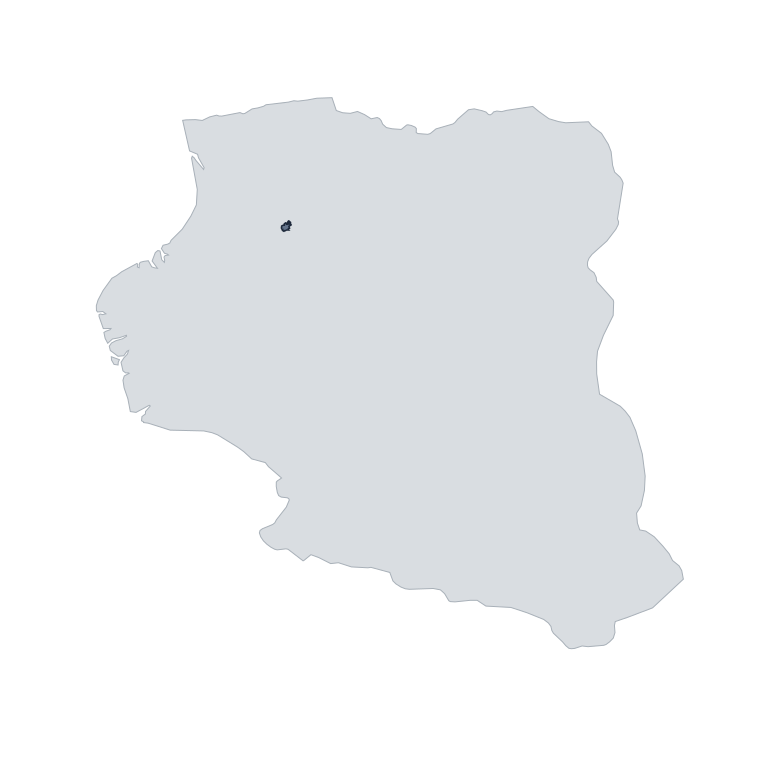 Ido-Osi, Ekiti, Nigeria (highlighted), rotated 80°
{"feature_id": "59680162B17555212909244", "entity_name": "Ido-Osi", "entity_type": "district", "adm_level": 2, "iso_a3": "NGA", "parent_name": "Nigeria", "parent_adm1": "Ekiti", "projection": "robinson", "projection_center": [5.146, 7.853], "detail": "fine", "context": "in_parent", "style": "filled", "palette": "slate", "viewbox_px": 768, "rotation_deg": 80, "n_neighbors": 0, "source": "geoboundaries", "source_scale": "gbopen_adm2", "svg_char_len": 5180}
<svg xmlns="http://www.w3.org/2000/svg" viewBox="0 0 768 768"><g transform="rotate(80 384 384)"><path d="M628.2,123.1L651.1,158.4L656.1,184.6L658.1,197.5L661.8,199.0L668.9,199.7L674.0,202.3L677.1,206.6L679.1,210.6L679.5,213.0L678.1,228.7L676.4,234.4L677.5,242.2L677.2,245.5L676.4,247.8L673.3,250.4L669.0,252.9L658.9,260.4L655.9,261.5L651.7,261.7L647.9,263.6L643.6,267.6L634.2,282.7L626.1,297.8L620.4,322.2L613.2,329.8L612.0,336.6L610.9,351.9L609.8,356.5L608.7,357.8L601.0,360.7L596.5,364.2L593.9,371.1L590.6,394.6L589.4,398.5L586.9,402.6L582.9,407.0L579.5,409.4L570.6,411.0L562.3,428.7L562.2,431.8L558.5,447.8L552.1,459.9L551.6,467.7L543.6,478.4L539.4,485.6L543.7,493.2L544.1,494.4L530.1,507.2L529.3,509.2L528.8,518.0L527.7,520.4L525.1,523.7L521.4,527.2L517.5,530.0L513.2,531.9L509.0,532.6L506.7,531.5L505.4,528.8L503.0,518.0L501.8,515.7L499.1,513.6L488.3,501.6L481.8,497.4L480.4,497.7L479.3,498.9L477.5,504.9L475.6,507.1L472.2,507.9L466.2,507.9L461.9,507.1L460.9,505.9L458.8,501.2L445.4,512.1L440.8,514.5L434.8,527.3L426.4,533.7L420.6,539.3L405.1,556.8L402.0,562.0L398.9,569.7L392.3,602.6L381.6,623.1L380.2,627.5L379.6,627.3L378.1,629.2L374.0,628.0L372.1,624.2L369.6,623.6L365.1,618.0L364.2,618.9L368.9,633.1L367.1,638.6L354.0,638.8L342.6,640.6L334.9,640.4L331.0,638.4L329.2,633.1L328.6,633.7L328.2,636.5L325.7,638.8L317.0,639.2L313.1,635.6L310.0,631.5L306.6,629.7L307.1,631.4L311.0,635.4L310.5,641.1L303.5,647.7L299.0,648.0L296.3,645.2L294.8,640.5L294.1,633.7L292.3,629.2L291.3,629.2L292.5,636.7L292.5,643.6L295.9,649.0L290.7,650.7L284.6,650.9L283.8,648.9L283.0,644.4L281.9,643.2L280.7,650.8L268.0,652.9L266.2,652.6L265.8,651.2L266.8,649.1L266.6,645.7L263.8,648.3L263.3,653.6L261.7,654.4L256.9,653.7L251.6,651.0L243.1,644.4L232.6,633.6L230.9,628.7L227.9,622.8L222.4,606.4L223.4,605.7L225.9,606.6L227.0,605.0L222.7,603.9L221.8,602.7L221.5,599.1L221.7,594.7L228.3,592.4L229.8,589.7L230.7,587.0L222.6,591.0L214.9,586.4L213.3,583.6L214.1,581.5L223.0,581.3L226.1,579.2L224.2,578.5L220.8,578.6L219.5,577.2L219.6,573.8L218.6,574.6L217.1,577.5L212.0,579.7L209.0,577.5L208.7,572.7L208.0,570.5L205.5,568.7L196.5,555.8L185.2,545.1L175.1,537.7L160.0,534.1L128.2,534.3L126.4,533.3L128.4,531.6L131.2,530.4L141.4,524.4L139.7,523.6L129.0,527.4L125.4,527.7L120.7,535.0L89.4,536.5L89.5,533.2L90.9,523.8L92.9,517.2L90.7,509.3L90.2,502.1L91.5,499.8L92.0,497.1L91.7,478.7L93.4,476.0L93.4,474.1L90.2,466.2L90.2,460.2L89.6,454.4L88.5,451.7L89.8,429.2L89.4,423.6L90.5,419.7L91.0,410.0L90.9,400.5L93.0,385.5L106.4,383.5L109.7,377.6L111.6,370.2L111.0,362.8L115.3,356.4L120.6,350.6L120.4,344.4L121.8,342.4L124.3,341.0L127.9,340.2L131.9,337.1L134.1,331.6L136.3,322.8L132.9,316.7L132.9,315.4L134.2,312.1L136.4,308.8L138.0,307.8L141.9,308.6L143.2,307.3L145.7,297.6L145.4,295.0L141.8,288.5L139.9,271.0L138.8,268.7L136.0,265.5L128.6,253.2L128.7,247.4L131.9,239.9L133.9,236.3L136.8,234.3L137.4,232.5L136.5,230.4L135.1,228.9L134.8,225.5L136.2,220.8L135.8,215.7L136.5,189.3L142.6,184.1L151.4,175.5L155.9,166.5L158.3,159.7L161.3,137.0L166.0,134.5L174.9,126.3L186.9,121.5L194.7,120.0L208.4,120.9L215.4,120.1L221.3,115.6L224.0,114.4L227.7,113.6L261.9,125.4L265.0,124.8L267.6,125.6L271.9,128.8L281.9,139.7L292.5,156.7L295.8,160.3L299.1,162.3L302.5,163.0L305.0,162.8L307.5,161.1L310.8,157.9L315.8,156.5L319.9,156.7L341.1,143.7L343.2,143.6L356.3,146.4L374.1,159.4L388.7,168.0L399.0,170.8L411.0,172.8L431.5,173.5L446.9,155.2L452.6,151.2L459.5,147.6L473.8,144.2L497.7,141.8L520.0,142.8L534.0,146.0L548.7,152.0L555.0,157.7L564.9,158.6L572.1,157.5L574.3,151.8L581.4,144.4L592.1,137.5L600.8,132.6L607.9,130.5L614.3,125.0L619.4,123.2L628.2,123.1ZM317.8,646.5L313.0,648.2L309.8,647.8L314.1,640.3L316.3,641.9L319.1,642.6L317.8,646.5Z" fill="#d9dde1" stroke="#a8b0b8" stroke-width="1"/><path d="M215.8,451.2L215.4,451.5L214.7,451.4L214.4,451.2L214.5,450.8L214.5,450.4L214.2,449.9L213.1,450.2L212.2,450.3L212.2,450.0L211.6,448.7L211.4,448.0L211.1,447.8L210.8,448.1L210.5,448.3L210.4,448.4L210.3,448.6L210.2,448.5L209.4,448.0L209.1,448.0L208.8,448.0L208.5,448.1L208.4,448.1L208.4,448.3L208.5,448.4L208.6,448.5L208.7,448.8L208.8,449.0L208.8,449.4L208.8,449.5L209.0,449.8L209.3,449.9L209.2,450.0L209.3,450.2L209.3,450.3L209.5,450.3L209.4,450.4L209.2,450.5L208.9,450.5L208.8,450.4L208.7,450.3L208.6,450.2L208.4,450.1L208.5,449.8L208.5,449.7L208.4,449.6L208.3,449.4L208.2,449.4L208.1,449.2L207.9,449.0L207.8,448.9L207.7,448.9L207.2,449.0L206.8,449.7L207.3,450.3L207.6,450.5L207.9,450.8L208.0,450.7L208.3,450.8L208.5,450.9L208.8,450.9L208.9,451.0L209.0,451.0L209.3,451.0L209.5,451.1L209.8,451.1L210.0,451.2L209.8,452.4L208.7,452.3L208.3,452.9L208.2,453.1L208.4,453.3L208.5,453.5L208.8,454.1L208.9,454.3L209.0,454.4L209.1,454.5L210.3,454.6L210.1,455.5L210.2,455.9L210.3,456.4L210.3,456.7L210.4,457.0L210.5,457.1L210.8,457.5L211.7,457.5L212.0,457.6L212.2,457.9L213.1,457.9L213.9,457.5L214.4,457.5L214.4,457.3L214.5,457.4L214.8,457.3L214.9,457.2L215.0,457.1L215.3,457.0L215.3,456.9L215.5,456.7L215.4,456.7L215.7,456.5L215.8,456.5L215.8,456.4L216.0,456.3L216.2,456.1L216.0,455.5L216.0,455.1L215.7,455.0L215.8,454.5L215.7,453.9L215.4,453.4L215.5,452.7L215.6,452.3L215.8,451.2Z" fill="#64748b" stroke="#1e293b" stroke-width="1.5"/></g></svg>